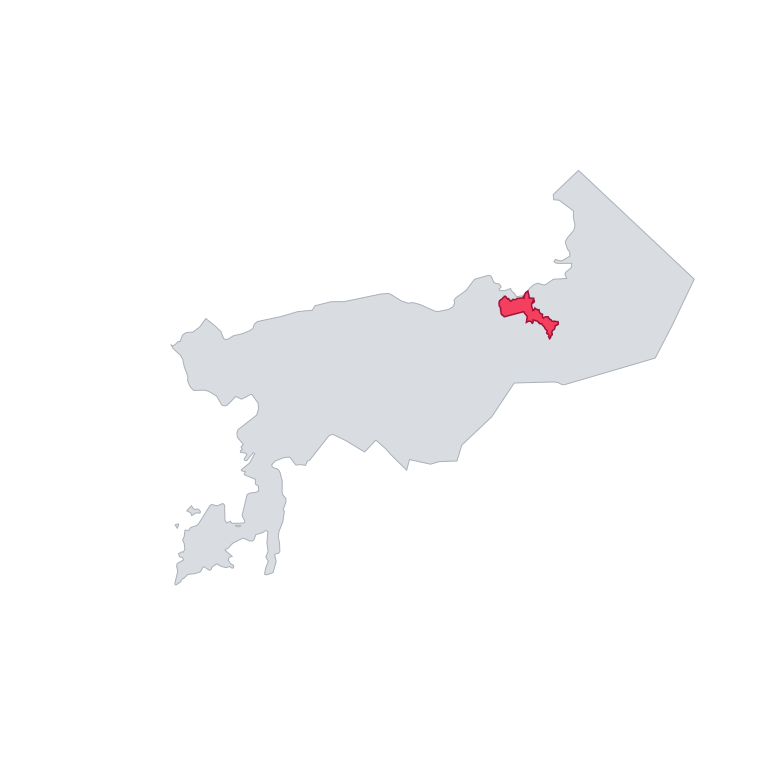 Karauzyak, Karakalpakstan, Uzbekistan (highlighted), rotated 132°
{"feature_id": "79887680B51354655878923", "entity_name": "Karauzyak", "entity_type": "district", "adm_level": 2, "iso_a3": "UZB", "parent_name": "Uzbekistan", "parent_adm1": "Karakalpakstan", "projection": "equal_earth", "projection_center": [60.083, 42.694], "detail": "fine", "context": "in_parent", "style": "filled", "palette": "rose", "viewbox_px": 768, "rotation_deg": 132, "n_neighbors": 0, "source": "geoboundaries", "source_scale": "gbopen_adm2", "svg_char_len": 5694}
<svg xmlns="http://www.w3.org/2000/svg" viewBox="0 0 768 768"><g transform="rotate(132 384 384)"><path d="M588.1,345.3L598.5,340.2L604.6,343.7L605.3,345.6L598.9,349.3L593.2,351.3L591.6,356.1L586.0,358.1L580.4,364.7L571.6,371.4L571.5,372.8L572.4,374.0L575.4,374.7L581.7,378.4L587.4,376.3L588.9,376.8L590.6,379.0L592.5,385.0L595.2,386.7L603.8,389.9L610.1,389.9L613.3,391.2L613.8,390.6L613.7,381.5L616.5,383.1L619.3,381.9L620.2,377.4L619.4,374.4L621.4,372.8L622.6,373.9L622.9,376.6L626.0,378.4L628.5,382.9L629.5,388.0L635.4,389.3L637.5,388.4L639.2,388.9L640.3,395.5L641.2,396.0L646.2,394.7L651.2,397.4L656.6,402.3L662.4,402.7L663.7,403.6L667.8,402.8L672.7,404.2L672.9,405.0L672.1,406.0L661.1,412.0L658.2,416.2L655.7,417.6L648.7,415.2L647.8,417.8L649.2,420.3L647.7,423.1L644.1,422.1L643.3,420.7L640.0,421.4L636.2,425.8L634.5,429.4L630.8,430.5L625.8,434.1L623.6,431.3L619.9,431.6L614.8,428.7L612.4,428.2L590.6,432.0L588.8,431.4L586.2,426.5L580.6,423.8L580.7,421.4L591.5,411.2L592.6,408.1L588.8,406.4L589.3,403.7L581.6,395.6L580.2,395.0L579.2,395.4L576.8,401.4L557.8,411.8L554.9,410.8L550.4,406.9L547.5,405.6L544.1,408.8L544.4,412.7L540.9,415.8L544.7,426.4L544.4,427.7L541.9,428.1L543.9,432.1L542.4,432.6L533.0,431.0L522.2,433.5L522.6,435.2L532.3,434.8L533.6,435.6L533.9,436.9L533.4,437.7L528.3,438.7L527.9,440.3L530.8,445.0L529.6,446.1L527.7,445.2L526.4,448.2L523.1,448.1L521.7,457.2L519.1,460.4L515.5,461.9L492.2,457.8L486.4,460.6L482.5,464.7L480.3,474.7L480.6,475.9L490.6,479.7L492.4,485.8L504.4,486.3L506.4,487.3L507.5,488.8L508.1,490.5L505.0,500.4L506.7,509.3L508.7,513.3L516.1,521.1L515.9,525.4L514.5,529.1L512.6,532.5L510.5,533.9L507.7,538.1L505.3,543.3L500.4,550.1L498.9,553.9L498.7,564.9L497.4,568.2L497.2,566.9L495.3,565.7L490.0,565.3L489.0,563.9L482.3,566.5L477.9,565.3L473.4,560.8L465.1,559.1L454.6,560.2L453.9,548.8L454.2,540.3L457.5,533.7L457.4,532.4L455.5,530.1L449.2,528.3L441.6,523.1L434.6,519.6L430.7,518.5L426.3,520.4L422.3,519.9L403.7,506.3L387.9,496.5L377.1,486.6L372.1,487.7L358.3,478.4L349.4,468.7L320.1,447.2L314.3,442.0L312.9,439.3L310.5,426.1L307.8,420.1L304.1,416.9L300.9,410.6L295.9,395.2L294.2,392.5L285.5,386.0L280.5,384.4L276.8,385.5L274.9,388.0L272.0,388.3L259.4,385.6L245.5,386.8L233.2,379.0L232.5,377.8L232.5,375.6L234.9,370.5L234.4,368.2L232.8,365.8L232.8,363.2L233.9,361.7L236.1,362.2L237.0,361.3L236.7,359.9L233.8,356.7L228.3,353.8L229.4,351.9L229.6,346.9L230.4,344.3L229.7,343.4L225.5,339.8L211.9,339.6L208.7,338.6L206.1,337.1L203.6,331.7L202.2,330.4L192.8,328.2L183.3,318.8L181.4,322.9L179.6,323.8L172.3,322.7L168.7,325.3L177.5,334.9L179.4,337.8L179.3,339.6L176.7,339.9L174.5,335.3L173.0,334.0L164.6,331.4L161.7,334.3L161.0,338.0L157.2,344.4L153.0,345.5L142.8,345.8L139.7,347.3L137.6,349.0L133.7,354.5L128.6,359.0L130.2,376.8L133.5,381.2L130.0,385.0L95.1,382.4L98.5,223.6L147.9,209.0L183.2,199.8L263.4,249.2L265.3,251.1L266.4,255.4L268.5,258.8L296.1,287.9L336.3,282.0L377.3,285.3L392.4,278.3L404.8,291.1L412.4,295.7L423.1,314.5L432.9,309.5L431.9,332.0L431.0,338.9L431.2,352.5L447.5,352.9L451.7,374.8L455.8,388.7L459.3,390.3L490.2,388.3L492.6,389.4L497.0,387.9L500.0,392.4L503.2,395.3L501.4,405.0L505.3,408.9L514.1,413.4L519.4,413.3L520.3,411.6L520.0,409.4L518.6,407.0L518.6,404.1L519.3,402.1L524.2,394.7L532.3,387.6L534.1,385.0L534.6,380.4L537.4,377.9L544.5,375.0L545.5,372.7L554.1,367.0L563.8,363.4L568.2,360.5L572.3,355.0L578.3,349.2L580.8,349.2L582.6,350.9L584.0,351.1L588.1,345.3ZM588.9,399.4L587.6,396.5L586.0,395.5L585.2,395.9L587.9,399.5L588.9,399.4ZM610.0,445.7L603.4,445.6L604.3,441.2L601.8,439.2L601.2,437.0L601.7,435.0L603.2,434.3L605.3,437.4L610.4,438.8L608.9,441.8L610.3,445.1L610.0,445.7ZM629.5,441.1L628.5,445.0L625.6,443.3L625.9,442.3L629.5,441.1Z" fill="#d9dde1" stroke="#a8b0b8" stroke-width="1"/><path d="M239.6,291.3L238.3,291.2L236.8,292.0L235.1,291.9L234.0,292.6L233.7,293.9L232.7,294.0L231.8,294.6L230.4,294.3L229.1,294.0L227.2,295.0L225.9,295.8L225.4,295.7L225.1,295.0L223.0,294.5L221.8,295.6L221.2,296.4L222.4,297.8L223.3,299.5L223.9,299.5L224.1,300.2L224.9,301.0L224.5,303.2L225.2,303.9L224.7,305.0L224.9,305.5L224.2,307.1L226.1,309.0L227.5,309.6L228.5,309.7L227.7,311.7L226.1,312.8L226.6,314.2L226.9,316.1L225.7,317.7L225.1,318.5L226.2,319.1L225.9,319.8L226.4,320.5L226.6,322.7L227.6,322.0L228.2,322.3L228.7,322.0L229.9,322.6L228.7,323.8L228.1,325.5L226.0,327.7L222.7,328.8L223.1,328.3L223.0,327.9L223.5,327.4L223.0,327.3L222.3,327.3L221.9,328.0L221.4,328.2L221.4,329.1L220.1,330.0L222.9,333.6L221.7,334.9L218.6,339.3L219.8,339.4L220.9,339.9L221.8,339.7L222.2,339.5L223.3,339.5L223.9,338.9L224.5,338.6L224.9,338.8L225.3,338.5L225.9,338.9L226.2,338.5L226.2,337.4L226.4,337.2L226.8,338.3L228.0,339.1L228.6,339.6L228.8,340.1L229.5,340.7L230.5,341.6L231.4,342.4L233.1,342.6L233.9,343.2L234.5,344.5L235.0,344.9L236.5,344.9L237.6,345.1L237.9,345.4L237.5,346.3L237.5,347.1L238.0,348.4L237.2,348.6L237.8,349.4L238.1,350.6L237.5,351.8L237.5,352.4L238.1,352.7L238.3,353.2L238.8,352.9L240.1,353.3L241.7,353.2L243.2,353.6L244.4,353.9L245.5,353.6L245.7,353.0L246.8,352.8L247.9,351.6L249.0,350.3L249.3,348.5L249.9,348.1L250.3,347.2L251.1,346.9L251.9,345.6L253.2,344.2L253.5,343.5L253.3,342.7L253.8,342.1L253.4,341.2L253.4,340.7L253.6,339.6L236.8,328.6L237.4,326.7L237.9,322.8L243.0,319.4L240.2,318.4L239.1,316.1L239.7,315.2L239.6,314.3L239.2,314.2L238.8,314.5L237.6,315.0L236.8,316.1L235.8,314.7L235.6,313.6L234.7,312.3L234.6,311.4L235.1,310.1L234.6,309.6L235.0,308.3L234.1,307.7L233.6,306.9L234.2,306.1L234.2,305.0L234.4,302.9L234.7,301.9L235.1,301.5L235.3,299.6L235.1,298.3L236.0,297.7L236.9,297.6L237.6,296.4L236.9,295.1L237.1,294.4L237.6,293.8L238.6,293.5L239.1,292.3L239.6,291.3Z" fill="#f43f5e" stroke="#9f1239" stroke-width="1.5"/></g></svg>